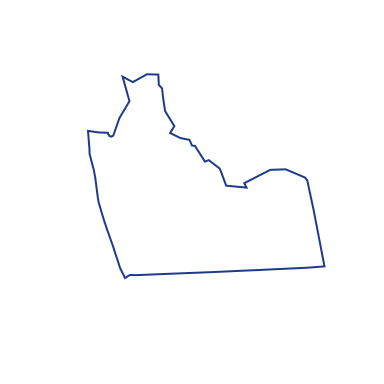 Bergen, New Jersey, United States of America (Mercator projection), rotated 147°
{"feature_id": "52423323B23677933151668", "entity_name": "Bergen", "entity_type": "district", "adm_level": 2, "iso_a3": "USA", "parent_name": "United States of America", "parent_adm1": "New Jersey", "projection": "mercator", "projection_center": [-74.048, 40.948], "detail": "fine", "context": "isolated", "style": "outline", "palette": "blue", "viewbox_px": 384, "rotation_deg": 147, "n_neighbors": 0, "source": "geoboundaries", "source_scale": "gbopen_adm2", "svg_char_len": 987}
<svg xmlns="http://www.w3.org/2000/svg" viewBox="0 0 384 384"><g transform="rotate(147 192 192)"><path d="M156.3,308.8L165.7,315.3L181.8,316.4L187.4,326.5L195.0,302.2L212.5,293.6L227.3,282.2L229.5,282.4L230.8,284.0L230.6,284.7L230.8,286.3L230.3,287.5L238.0,292.9L245.9,299.9L252.8,287.3L253.4,286.1L254.5,284.1L257.2,279.6L262.2,264.4L265.3,256.8L270.9,245.1L273.5,239.7L275.9,234.3L281.0,217.0L281.0,216.9L281.7,214.1L282.0,214.0L282.1,212.6L283.2,208.7L287.8,189.4L289.1,184.7L292.3,172.5L293.7,167.6L295.0,156.3L290.3,156.3L289.0,156.0L287.9,155.4L285.3,153.4L259.5,138.1L214.6,111.4L186.4,94.9L184.1,93.5L137.2,66.1L130.2,62.2L121.4,57.5L100.0,110.2L89.0,139.0L89.3,142.5L101.1,160.0L114.2,167.9L121.1,168.7L143.4,170.9L143.9,166.0L159.9,178.7L156.9,191.8L156.0,196.6L160.6,209.6L164.6,210.5L164.4,228.9L166.7,231.0L165.7,237.1L172.4,243.6L178.2,253.4L170.9,256.9L170.5,274.5L165.9,284.7L160.7,295.2L161.5,299.9L156.3,308.8Z" fill="none" stroke="#1e3a8a" stroke-width="2"/></g></svg>